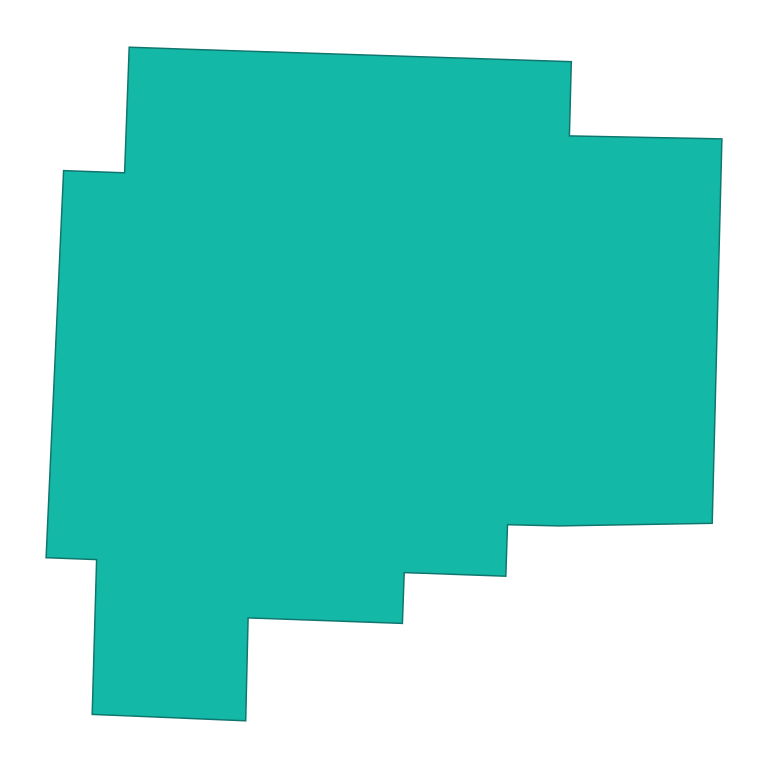 Guernsey, Ohio, United States of America (orthographic projection)
{"feature_id": "52423323B21597350777733", "entity_name": "Guernsey", "entity_type": "district", "adm_level": 2, "iso_a3": "USA", "parent_name": "United States of America", "parent_adm1": "Ohio", "projection": "orthographic", "projection_center": [-81.499, 40.031], "detail": "fine", "context": "isolated", "style": "filled", "palette": "teal", "viewbox_px": 768, "rotation_deg": 0, "n_neighbors": 0, "source": "geoboundaries", "source_scale": "gbopen_adm2", "svg_char_len": 352}
<svg xmlns="http://www.w3.org/2000/svg" viewBox="0 0 768 768"><path d="M571.3,61.7L189.5,49.3L129.2,47.2L124.6,172.8L63.6,170.6L46.1,557.7L96.6,559.6L92.2,714.4L245.7,720.8L248.1,617.9L402.4,623.4L404.2,572.6L505.8,576.2L507.5,524.7L558.9,525.9L712.2,523.3L721.9,138.9L569.4,135.9L571.3,61.7Z" fill="#14b8a6" stroke="#0f766e" stroke-width="1.5"/></svg>